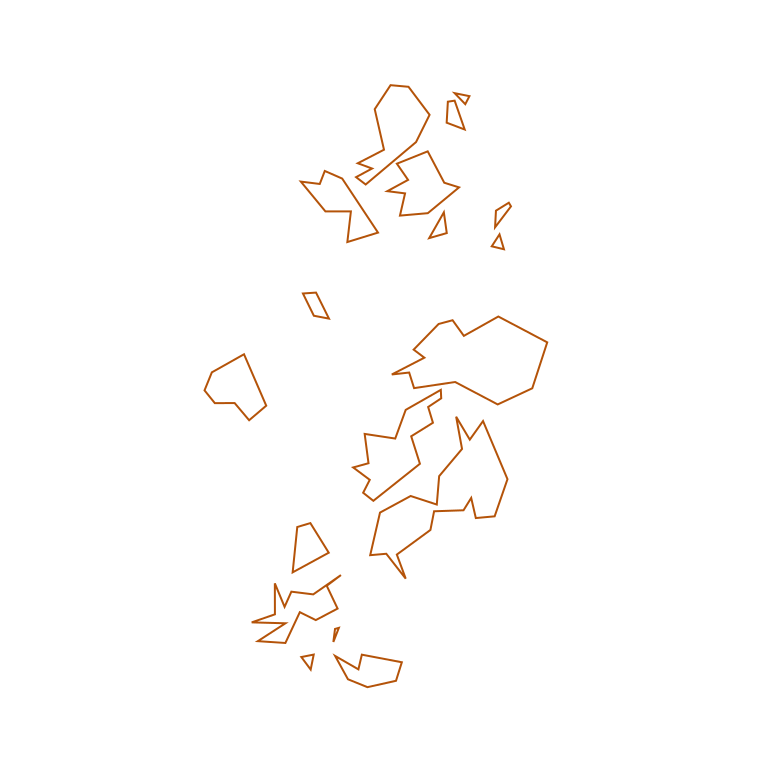 the district of Wando-gun, South Jeolla, South Korea, rotated 127°
{"feature_id": "91817680B85222249357664", "entity_name": "Wando-gun", "entity_type": "district", "adm_level": 2, "iso_a3": "KOR", "parent_name": "South Korea", "parent_adm1": "South Jeolla", "projection": "albers", "projection_center": [126.779, 34.287], "detail": "medium", "context": "isolated", "style": "outline", "palette": "amber", "viewbox_px": 768, "rotation_deg": 127, "n_neighbors": 0, "source": "geoboundaries", "source_scale": "gbopen_adm2", "svg_char_len": 1983}
<svg xmlns="http://www.w3.org/2000/svg" viewBox="0 0 768 768"><g transform="rotate(127 384 384)"><path d="M298.2,263.0L252.5,278.7L261.3,333.3L297.5,349.2L291.8,367.6L303.2,376.5L338.7,381.0L338.7,367.6L371.7,383.5L359.7,370.8L369.2,357.5L339.6,328.4L331.9,280.9L298.2,263.0ZM422.5,245.8L435.8,230.0L423.1,216.0L385.7,228.1L354.0,282.6L376.8,282.0L366.7,306.7L388.9,282.6L424.4,284.5L448.5,269.3L457.4,295.3L489.1,309.8L529.0,292.0L518.2,280.0L526.4,249.5L512.5,271.1L472.6,259.1L455.5,267.4L437.0,244.5L422.5,245.8ZM171.5,504.0L141.6,509.6L131.9,543.3L141.4,558.6L170.1,556.8L196.9,525.0L223.5,537.8L219.1,523.2L235.6,530.8L235.7,518.7L171.5,504.0ZM483.7,322.2L426.1,307.3L409.4,330.8L385.5,321.6L375.8,334.9L361.0,329.7L354.5,335.1L391.6,351.1L420.8,342.2L435.5,369.4L456.6,348.7L469.2,358.4L469.1,337.7L483.4,335.2L483.7,322.2ZM501.1,507.6L489.1,491.8L494.1,469.9L472.2,465.0L444.5,513.7L478.3,528.5L497.1,523.5L501.1,507.6ZM221.2,451.8L181.8,442.4L187.0,457.0L171.9,489.1L200.3,506.3L206.5,487.6L228.0,497.4L219.1,481.9L239.9,472.6L221.2,451.8ZM591.3,285.9L579.6,308.3L562.5,303.4L594.6,313.9L605.6,333.0L621.8,329.3L608.9,351.2L633.6,332.5L654.0,346.2L634.4,318.7L665.3,330.0L650.2,306.9L616.9,313.9L613.6,296.4L591.3,285.9ZM266.7,479.9L245.1,541.0L249.5,559.5L262.9,555.7L272.4,572.2L281.4,534.7L266.1,514.3L292.7,498.7L266.7,479.9ZM589.4,343.6L552.0,326.6L539.4,359.1L550.4,367.2L589.4,343.6ZM613.8,195.8L595.5,202.3L613.5,238.8L627.3,232.7L630.6,259.4L641.5,235.1L636.1,214.8L613.8,195.8ZM360.5,503.2L371.7,481.1L364.9,467.3L351.9,493.3L360.5,503.2ZM210.9,439.5L240.3,435.7L225.7,424.7L210.9,439.5ZM137.6,491.2L132.2,472.7L115.2,498.1L120.1,502.9L137.6,491.2ZM192.0,389.6L165.7,389.5L164.1,393.4L178.2,398.9L192.0,389.6ZM642.4,277.3L651.8,285.7L656.2,270.7L642.4,277.3ZM209.2,380.8L204.2,369.3L195.0,381.8L209.2,380.8ZM109.2,502.6L111.6,487.5L102.7,489.0L109.2,502.6ZM609.1,275.7L620.5,269.2L605.9,273.3L609.1,275.7Z" fill="none" stroke="#b45309" stroke-width="2"/></g></svg>